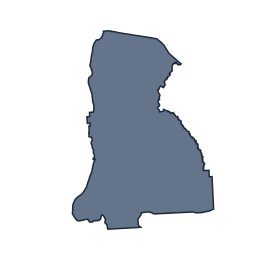 outline of Penrith, New South Wales, Australia, rotated 348°
{"feature_id": "25037944B77698637071191", "entity_name": "Penrith", "entity_type": "district", "adm_level": 2, "iso_a3": "AUS", "parent_name": "Australia", "parent_adm1": "New South Wales", "projection": "albers", "projection_center": [150.748, -33.748], "detail": "fine", "context": "isolated", "style": "filled", "palette": "slate", "viewbox_px": 256, "rotation_deg": 348, "n_neighbors": 0, "source": "geoboundaries", "source_scale": "gbopen_adm2", "svg_char_len": 5804}
<svg xmlns="http://www.w3.org/2000/svg" viewBox="0 0 256 256"><g transform="rotate(348 128 128)"><path d="M193.3,76.3L190.9,73.4L183.6,63.5L180.7,55.4L180.1,54.1L178.3,51.1L176.0,48.5L174.8,46.8L169.9,44.9L169.9,44.7L155.8,39.4L137.5,32.4L136.7,31.8L132.4,30.2L132.2,30.3L131.6,29.7L131.4,29.9L129.6,29.0L125.3,28.3L124.1,28.2L124.1,29.2L121.4,33.4L120.5,34.3L119.1,35.1L117.2,35.7L116.8,35.7L116.6,35.4L116.2,35.3L115.7,35.5L115.3,35.4L114.2,36.4L113.7,37.0L113.0,37.6L111.7,39.3L110.4,41.8L108.8,46.5L107.4,49.5L105.3,55.4L103.8,58.6L103.7,59.0L103.8,59.8L104.6,63.0L104.3,63.2L104.3,63.5L104.3,63.8L104.5,64.1L104.7,65.6L104.6,66.2L104.7,66.7L104.5,66.9L104.2,68.1L103.4,69.0L101.0,70.4L100.3,70.5L99.2,73.0L98.6,75.9L99.8,87.6L99.0,94.7L99.0,96.1L99.3,97.7L99.1,99.7L98.6,102.4L98.8,102.4L98.6,103.0L98.2,103.8L97.8,104.2L97.8,104.5L97.4,105.0L97.3,105.3L96.5,105.1L93.6,104.7L92.8,108.9L90.1,108.5L89.2,115.1L92.0,115.6L91.5,118.2L90.2,118.0L89.2,123.8L89.0,123.7L88.5,125.4L88.5,126.4L88.0,128.3L88.9,128.9L90.0,129.2L90.5,130.4L90.7,131.1L90.6,131.8L90.4,132.5L89.1,134.3L88.7,135.3L88.8,136.4L89.3,137.9L89.2,138.4L88.9,139.6L88.9,140.2L89.6,141.8L89.7,142.2L89.6,142.8L89.1,143.9L89.0,144.4L89.0,145.0L89.4,147.0L89.4,148.2L89.2,148.9L88.8,149.7L88.4,150.1L87.7,150.4L87.4,151.3L88.2,151.8L88.4,151.8L89.1,151.5L89.5,151.6L89.3,152.2L88.1,153.2L86.6,156.1L85.6,158.2L83.5,163.3L80.4,167.7L79.4,169.8L77.3,173.1L75.3,176.9L74.0,178.2L72.4,180.1L68.8,183.2L64.7,184.9L63.1,185.8L61.6,186.8L59.9,188.9L58.8,190.5L57.9,192.4L57.4,194.2L56.7,197.3L55.9,199.7L55.9,200.7L56.5,202.4L56.8,203.4L58.3,206.9L59.4,208.1L60.0,208.5L60.8,208.7L65.1,208.8L68.2,208.6L69.6,208.9L70.1,209.2L69.7,209.5L71.1,212.2L73.9,212.5L74.0,212.2L75.5,211.5L76.8,212.1L77.9,211.7L78.2,211.8L78.7,212.4L79.3,212.4L80.8,212.2L82.3,211.4L82.9,209.7L83.0,209.2L83.6,208.7L84.2,207.8L84.5,207.7L85.0,207.8L85.5,208.2L86.5,210.9L86.6,211.6L86.9,212.2L86.9,212.7L86.6,213.7L85.7,215.6L86.0,216.5L86.5,217.0L87.4,219.3L87.4,219.7L87.1,221.1L87.3,222.8L119.8,227.8L118.3,226.0L118.0,225.2L118.2,222.4L118.7,219.8L118.9,219.3L119.3,218.7L122.2,216.1L122.8,215.3L123.1,214.8L123.3,213.9L123.4,213.7L129.3,214.1L131.0,214.5L132.6,215.2L133.3,215.6L135.1,217.2L136.4,217.6L173.4,223.5L174.2,223.7L177.1,225.2L179.7,225.6L181.7,226.0L184.3,226.1L190.7,226.0L194.9,225.1L200.1,193.0L197.3,192.5L198.4,186.2L192.9,185.3L192.8,185.0L193.1,184.2L193.4,184.0L193.5,183.7L193.3,183.4L193.6,183.3L193.6,183.0L193.6,182.8L193.4,182.7L193.5,182.5L193.8,182.2L193.6,181.8L193.8,181.5L194.2,181.3L194.2,180.9L194.3,180.6L194.3,180.4L194.8,180.1L194.7,179.7L195.1,179.5L195.4,179.0L195.1,178.9L194.7,178.4L195.0,178.0L194.9,177.7L195.0,177.2L194.6,176.9L194.5,176.6L194.1,176.5L194.1,176.0L193.9,175.9L194.2,175.6L194.1,175.2L194.6,174.7L194.5,174.0L194.1,174.0L194.0,173.8L194.0,173.4L195.3,172.2L195.2,172.0L194.9,171.8L195.0,171.4L194.7,171.2L195.0,171.0L195.0,170.8L194.4,170.5L194.3,169.9L194.5,169.1L194.9,168.6L194.8,168.4L194.3,168.3L194.2,168.1L194.4,167.5L194.3,167.3L194.3,165.8L194.5,165.3L194.0,165.2L193.8,164.7L193.5,164.7L193.8,164.0L192.8,163.7L192.5,163.2L192.5,162.5L192.1,162.3L192.7,161.9L192.6,161.7L192.1,161.6L192.0,161.2L192.3,160.9L192.2,160.7L193.0,159.7L192.8,159.3L192.9,158.4L192.7,157.8L192.1,157.9L191.5,157.6L191.7,157.0L191.7,156.6L191.6,156.4L191.3,156.4L191.2,156.2L191.6,155.9L191.6,155.6L191.9,155.3L191.9,154.7L191.4,154.7L190.7,154.6L190.9,153.7L190.5,153.5L190.4,153.3L190.7,152.8L190.6,152.6L190.2,152.2L190.2,151.9L189.9,151.7L189.5,151.7L189.0,151.5L189.2,151.0L189.5,150.8L189.5,150.5L189.3,150.4L188.9,150.6L187.8,149.6L187.8,148.9L187.5,148.6L187.3,147.7L186.9,147.5L187.2,147.1L187.2,146.9L187.4,146.8L187.5,146.6L187.3,146.3L186.7,145.8L186.6,145.1L186.6,144.9L186.9,144.7L187.0,144.5L186.8,144.4L186.4,144.5L186.1,144.3L185.8,143.5L185.5,143.3L185.0,142.6L184.7,142.3L184.5,142.0L184.5,141.5L184.0,141.1L183.9,140.8L183.9,140.4L183.0,140.1L182.9,139.5L182.7,138.8L182.2,138.2L182.5,137.7L182.0,137.4L182.1,136.8L182.0,136.6L181.7,136.4L181.6,136.1L181.2,135.9L181.3,135.5L181.1,135.2L181.0,134.6L180.7,134.3L180.6,134.1L180.6,133.7L181.1,133.5L181.2,132.9L181.1,132.6L181.4,132.4L181.4,132.2L180.9,131.9L180.8,131.5L180.2,131.0L178.9,130.5L178.8,130.3L179.2,129.9L179.0,129.4L179.3,129.2L178.9,128.2L179.1,127.7L179.1,127.3L178.7,127.0L178.1,127.3L177.5,126.9L176.9,125.8L176.5,125.5L176.3,124.9L176.5,124.5L176.1,124.0L175.9,123.6L176.1,123.3L176.0,123.1L175.5,122.6L175.0,122.3L174.6,122.7L173.9,122.2L173.0,122.2L172.6,122.3L172.1,121.6L172.1,120.7L170.6,120.4L170.9,120.0L168.6,118.6L168.2,118.2L166.7,117.2L165.7,119.1L162.3,118.8L162.4,117.8L162.3,117.3L162.2,116.7L161.5,115.6L161.0,115.0L161.0,114.5L161.5,113.8L162.1,113.4L162.9,113.3L163.1,113.1L163.7,112.2L163.6,111.8L163.3,111.2L163.5,111.2L163.0,109.4L162.7,108.9L162.7,108.3L163.7,107.2L163.8,107.0L163.6,106.7L163.8,106.5L163.9,106.4L164.2,106.6L164.7,106.7L164.6,106.1L164.9,105.6L164.9,104.7L165.3,104.1L165.5,103.3L166.0,102.8L165.9,101.5L165.3,100.2L165.1,98.5L164.9,97.9L165.0,96.9L165.7,97.0L166.0,96.9L166.7,95.9L167.1,95.1L168.1,94.1L168.6,93.8L169.1,93.9L170.3,95.4L171.2,95.9L171.3,95.8L171.2,95.4L171.3,95.1L172.0,95.0L172.2,94.7L172.7,94.4L173.2,93.7L173.4,93.0L173.1,92.2L173.2,91.4L172.9,90.9L172.8,90.5L173.2,90.3L173.3,90.5L173.5,89.7L174.3,88.9L175.5,88.7L176.6,87.9L177.1,87.1L176.5,87.1L176.4,86.9L177.3,86.2L178.4,86.0L179.2,85.6L179.5,85.4L179.8,84.8L180.3,84.6L180.6,84.2L180.5,83.9L180.0,83.5L179.8,83.2L181.1,82.3L182.7,81.7L183.0,81.5L183.8,77.5L185.2,74.9L185.6,74.9L185.7,74.5L186.1,74.1L186.5,73.8L186.8,74.5L188.0,74.8L188.2,74.6L188.1,74.0L188.6,74.0L189.0,74.6L189.3,75.5L189.8,76.2L190.4,76.7L192.0,77.0L192.5,76.9L193.1,76.4L193.3,76.3Z" fill="#64748b" stroke="#1e293b" stroke-width="1.5"/></g></svg>